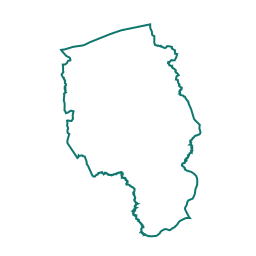 outline of Kut Chap, Udon Thani, Thailand, rotated 96°
{"feature_id": "78962969B39562479301608", "entity_name": "Kut Chap", "entity_type": "district", "adm_level": 2, "iso_a3": "THA", "parent_name": "Thailand", "parent_adm1": "Udon Thani", "projection": "robinson", "projection_center": [102.608, 17.437], "detail": "fine", "context": "isolated", "style": "outline", "palette": "teal", "viewbox_px": 256, "rotation_deg": 96, "n_neighbors": 0, "source": "geoboundaries", "source_scale": "gbopen_adm2", "svg_char_len": 5790}
<svg xmlns="http://www.w3.org/2000/svg" viewBox="0 0 256 256"><g transform="rotate(96 128 128)"><path d="M22.6,116.8L31.6,145.1L36.4,155.4L46.4,174.4L49.7,179.6L50.6,181.5L53.0,191.0L56.4,199.0L57.3,202.7L58.2,202.0L62.8,196.9L64.2,193.2L66.4,192.3L66.8,192.4L67.4,194.6L69.7,195.5L71.2,196.9L71.6,198.1L71.7,199.5L75.0,198.8L77.7,198.6L79.0,198.1L79.6,198.2L80.8,199.2L81.9,199.6L84.0,198.3L84.5,197.8L84.8,197.1L85.3,197.2L85.5,196.9L86.5,196.6L86.6,196.1L87.5,195.5L88.4,195.6L90.1,195.4L90.3,194.7L91.6,194.1L92.9,194.6L93.1,195.2L93.4,195.2L93.8,194.9L94.2,195.1L94.6,194.6L95.0,194.9L95.2,194.6L95.7,195.0L96.3,194.8L96.9,194.3L96.8,194.1L97.3,193.9L97.8,194.3L98.6,194.2L99.1,193.5L100.3,195.0L100.8,195.3L101.4,194.8L107.0,194.8L110.6,193.5L117.1,193.0L117.8,192.2L119.7,191.3L118.9,189.4L116.7,186.6L117.1,183.9L121.2,184.4L124.5,183.7L126.9,184.9L127.0,187.1L126.7,188.2L127.1,189.4L128.5,188.9L130.6,188.7L132.0,188.9L133.8,187.7L135.0,187.5L136.4,188.0L138.0,187.8L139.3,187.4L140.1,185.8L147.1,187.0L149.4,186.6L163.1,175.2L162.1,174.2L160.4,174.2L160.7,173.7L160.7,173.1L160.0,170.7L160.7,170.0L160.9,168.0L165.9,165.6L168.1,165.3L169.8,163.8L178.8,158.6L179.9,157.3L179.7,155.8L178.6,155.3L178.2,154.6L177.7,154.3L177.6,153.5L176.4,152.8L176.1,152.4L175.8,152.5L175.8,151.7L175.2,151.2L175.1,150.1L174.9,149.9L175.1,149.6L174.8,149.2L175.7,148.9L175.8,147.5L176.2,147.3L175.8,147.1L175.9,146.5L174.9,146.3L174.9,145.5L175.3,145.3L175.1,144.7L175.5,144.4L175.5,144.0L176.1,143.5L176.1,142.9L176.5,142.9L176.7,142.4L176.6,141.0L176.4,141.0L176.3,140.7L176.4,139.6L176.8,139.2L176.1,138.5L176.1,137.6L175.6,137.4L175.3,136.9L175.2,135.9L174.8,135.4L175.1,135.1L174.8,134.9L174.6,134.3L174.3,134.5L174.1,134.3L173.9,133.4L173.3,132.8L173.5,132.2L173.1,131.6L173.2,130.8L172.7,130.7L172.5,130.2L172.5,129.9L173.2,129.3L173.2,128.9L174.0,128.4L174.2,129.6L174.9,129.4L175.4,129.7L176.3,129.4L176.4,128.7L176.9,128.9L178.0,128.9L177.7,128.4L178.2,127.5L177.9,126.8L178.4,126.3L178.0,126.0L178.0,125.4L178.4,125.1L180.0,124.8L180.0,124.1L180.7,123.0L181.5,122.7L181.8,123.4L182.3,123.2L183.5,123.9L184.3,123.7L184.5,122.9L184.1,121.5L184.8,120.6L184.8,120.2L185.7,119.6L185.6,118.9L186.3,118.0L186.6,116.6L187.4,116.0L188.0,115.0L190.8,115.1L191.1,115.3L191.2,115.8L191.8,116.1L192.6,115.0L193.3,114.9L193.3,115.6L193.5,115.7L194.2,114.7L194.6,114.7L196.2,113.6L196.6,113.9L197.5,113.6L198.2,114.2L198.5,113.8L199.4,113.7L199.7,114.0L200.7,113.1L200.7,112.8L201.7,112.4L201.7,111.5L202.6,111.7L202.6,110.9L203.2,111.9L203.8,112.1L204.1,112.6L205.1,112.3L204.8,113.0L205.2,113.2L205.5,113.2L206.2,112.0L206.7,112.3L206.7,111.7L207.5,112.9L208.5,112.3L208.8,112.8L209.4,112.6L209.4,112.9L208.6,113.2L208.5,113.5L210.1,114.8L210.3,113.7L210.7,113.4L211.1,113.4L212.1,114.2L212.8,113.4L213.7,113.6L213.8,113.1L213.5,112.3L214.2,111.2L214.1,110.7L214.5,110.8L214.8,111.6L215.5,110.4L217.3,110.5L217.4,110.0L217.8,109.6L217.8,108.6L218.3,107.6L219.4,108.2L219.8,107.7L219.9,106.7L220.8,106.2L221.1,105.4L221.7,105.4L222.1,104.4L222.6,104.5L223.2,104.2L223.2,103.8L223.6,104.0L224.0,103.8L224.2,102.5L225.1,102.3L225.2,102.8L224.9,103.5L225.7,103.4L226.1,103.9L226.8,104.0L227.1,104.3L227.9,104.3L228.9,103.7L230.2,104.4L230.1,104.0L230.6,103.5L230.4,103.0L231.1,102.3L231.5,102.5L231.7,102.2L231.3,101.6L231.8,101.2L231.9,100.0L232.2,99.9L232.6,100.2L232.4,99.4L232.6,99.3L233.2,97.4L233.4,96.0L233.1,95.8L233.4,94.3L232.4,88.9L231.9,87.9L229.3,85.3L228.2,85.0L226.8,83.9L224.9,81.2L224.6,79.4L225.3,75.9L224.8,75.1L223.0,73.3L221.9,71.4L221.1,70.8L218.8,68.9L216.1,67.6L215.0,66.6L212.4,62.6L211.4,60.5L211.2,59.1L211.1,57.1L209.9,58.2L204.0,62.1L202.4,62.9L201.4,62.9L198.2,61.5L195.2,61.2L194.5,60.9L193.5,60.1L191.4,56.2L187.9,55.0L185.9,54.6L181.5,54.5L178.8,53.6L176.7,53.3L171.6,53.8L168.8,55.0L166.7,57.4L165.0,60.6L164.3,64.9L163.3,66.7L163.3,67.0L162.8,67.0L162.3,67.5L161.9,67.3L161.5,67.9L160.9,68.3L159.9,70.3L158.7,70.5L157.9,70.0L157.5,70.0L157.0,68.1L156.4,68.2L155.1,67.0L155.1,67.5L154.6,67.4L154.5,67.9L154.1,67.8L154.1,67.5L153.4,67.8L152.9,67.0L152.6,67.0L152.8,66.5L151.6,66.3L151.3,65.3L150.0,65.3L149.8,64.8L149.4,64.7L149.2,65.2L148.8,65.4L148.6,64.5L147.0,64.3L146.5,63.8L146.5,63.4L145.8,63.1L145.9,62.6L145.6,62.8L145.1,62.3L144.6,62.6L144.7,62.0L144.1,62.0L143.7,61.6L142.3,62.0L142.2,62.7L141.6,62.8L141.1,62.5L140.8,62.7L140.6,62.2L140.2,62.5L139.7,62.4L139.8,62.9L139.5,63.1L138.9,63.0L138.8,62.8L138.4,63.0L138.3,63.3L138.1,63.2L137.7,63.5L137.9,63.9L137.6,63.9L137.7,64.4L137.5,64.2L136.3,64.2L136.0,63.9L135.8,64.1L135.6,63.9L135.2,64.4L134.7,64.3L134.6,64.8L133.8,64.7L133.1,63.2L132.4,63.1L131.7,62.5L131.1,62.6L130.6,61.6L129.1,60.9L128.9,60.3L128.3,59.8L128.3,59.2L128.1,58.4L127.5,57.9L127.0,56.5L126.2,55.8L125.2,55.5L124.2,55.6L120.9,57.0L117.3,57.0L113.4,62.0L111.8,63.4L102.9,67.1L96.9,70.5L96.1,70.5L95.2,71.3L94.8,71.4L94.4,72.1L93.2,72.9L92.9,73.6L91.2,74.4L90.8,75.2L90.9,75.7L90.3,76.1L90.0,76.6L89.7,79.4L89.5,79.7L88.4,79.7L88.4,80.3L88.0,80.0L87.7,80.2L87.5,79.9L87.1,79.9L86.8,80.5L86.2,80.8L84.9,80.2L85.0,79.7L84.3,79.2L84.2,78.9L83.2,78.8L82.9,79.2L82.2,78.9L81.5,80.7L80.7,81.7L80.1,81.7L79.5,81.3L78.0,82.7L75.1,83.5L75.0,84.4L74.5,85.0L74.6,85.4L71.5,85.1L70.2,83.1L68.5,84.6L67.8,86.2L66.9,86.8L66.1,86.3L65.3,86.8L64.6,88.0L64.3,88.2L64.2,88.9L63.8,89.2L63.7,89.9L63.2,90.5L61.5,90.6L61.8,91.6L61.4,92.7L61.4,93.4L60.5,93.5L59.4,95.0L58.2,94.9L58.2,93.6L57.0,92.9L55.8,91.7L56.2,90.8L55.8,88.7L52.9,87.5L49.3,86.8L49.1,87.9L49.2,88.9L47.2,89.4L45.9,89.3L44.4,92.7L42.8,92.8L42.5,94.6L42.4,97.5L44.2,98.7L44.6,100.1L43.7,102.6L42.9,103.8L43.5,104.1L42.8,106.4L43.3,107.3L42.9,107.8L42.6,109.8L40.4,110.8L33.9,111.4L33.2,113.3L32.5,113.8L29.7,114.3L26.3,116.3L22.6,116.8Z" fill="none" stroke="#0f766e" stroke-width="2"/></g></svg>